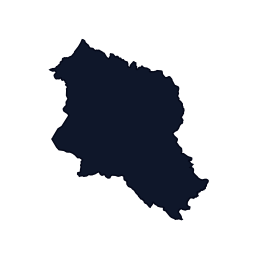 Turiscai, Manufahi, East Timor (Natural Earth projection), rotated 113°
{"feature_id": "22284137B60481947224566", "entity_name": "Turiscai", "entity_type": "district", "adm_level": 2, "iso_a3": "TLS", "parent_name": "East Timor", "parent_adm1": "Manufahi", "projection": "natural_earth1", "projection_center": [125.752, -8.827], "detail": "fine", "context": "isolated", "style": "filled", "palette": "ink", "viewbox_px": 256, "rotation_deg": 113, "n_neighbors": 0, "source": "geoboundaries", "source_scale": "gbopen_adm2", "svg_char_len": 5785}
<svg xmlns="http://www.w3.org/2000/svg" viewBox="0 0 256 256"><g transform="rotate(113 128 128)"><path d="M191.4,153.9L190.9,153.4L190.0,152.0L189.6,151.2L189.7,149.9L188.2,147.4L187.0,146.6L186.1,146.3L185.9,145.7L185.8,144.5L184.9,142.6L183.9,141.7L183.2,140.7L180.5,138.7L179.9,138.1L179.7,137.5L180.2,136.7L180.4,135.9L180.9,135.9L181.2,135.5L181.6,134.2L181.6,133.7L181.1,132.7L180.7,132.7L180.3,132.5L180.0,132.1L180.0,131.6L180.5,130.3L181.3,129.5L181.8,127.0L181.2,125.7L180.8,125.3L179.0,125.3L177.8,124.6L177.5,124.2L176.4,121.2L176.2,118.3L175.3,116.9L174.1,115.8L173.8,114.8L174.0,112.9L174.4,112.5L175.0,112.4L176.5,111.6L177.1,111.0L177.4,108.2L179.6,107.2L180.2,106.8L181.5,104.7L181.5,103.2L181.4,101.7L182.3,99.9L182.6,98.4L183.3,97.0L184.0,96.1L184.6,95.2L185.8,92.3L186.7,91.3L187.0,90.5L188.1,88.5L188.2,88.2L187.9,86.8L188.4,86.2L188.6,85.0L189.7,84.1L190.4,82.8L190.2,81.5L191.2,79.2L192.2,77.4L192.2,76.7L191.6,76.8L190.4,76.3L188.4,75.9L186.7,75.9L186.4,75.6L187.3,73.8L187.6,72.9L187.5,71.8L188.2,69.8L187.8,66.9L187.2,65.3L187.2,64.2L187.3,63.7L188.3,63.8L189.3,63.3L189.6,62.9L189.4,60.9L192.6,54.9L193.1,53.3L193.2,52.0L193.1,50.2L193.3,49.5L193.4,48.6L192.9,48.1L192.4,46.8L191.5,45.9L191.6,45.4L191.4,44.4L191.4,43.0L190.9,42.5L190.4,43.5L188.6,44.7L187.4,46.3L186.1,48.6L185.7,48.8L184.4,49.1L183.6,48.9L182.3,48.4L181.4,47.4L181.2,46.9L181.5,46.1L181.1,43.6L181.0,43.2L180.5,42.9L180.0,42.1L179.6,41.8L178.6,39.8L176.6,40.2L176.6,41.9L176.2,42.8L175.6,43.7L174.0,44.3L172.5,44.7L171.6,44.4L169.5,44.1L167.5,43.2L167.1,41.3L166.7,41.3L166.6,41.0L166.8,40.4L166.5,40.4L166.3,39.9L165.9,40.1L165.5,40.0L165.4,39.3L164.9,39.0L164.9,38.5L164.7,38.2L164.4,38.3L163.8,37.8L163.6,37.9L163.4,37.3L163.0,37.1L161.8,38.5L160.8,38.3L160.6,38.9L160.3,39.2L160.0,39.2L159.8,39.0L159.7,38.3L159.1,38.0L158.9,37.3L158.6,37.1L158.2,37.3L157.7,36.8L156.5,36.5L156.6,36.3L156.3,36.0L156.4,35.7L156.3,35.4L155.4,34.8L155.1,34.2L154.6,34.3L153.5,33.4L152.9,33.5L152.0,34.1L150.9,33.4L149.0,33.9L146.6,33.4L145.7,33.5L145.2,33.7L144.8,34.4L144.7,35.8L145.2,37.0L147.0,39.5L147.1,41.8L146.8,43.6L146.3,44.8L146.0,45.2L145.0,47.9L144.1,49.9L143.4,50.8L141.3,51.3L140.7,51.6L140.0,52.2L139.8,52.8L139.7,54.1L140.0,55.3L137.8,54.5L137.1,54.6L136.2,54.2L136.2,56.1L135.6,57.3L134.9,58.2L134.6,59.3L134.2,59.3L133.7,59.1L133.3,57.8L132.8,57.2L132.3,57.1L130.9,57.6L130.8,58.4L130.9,59.8L131.1,60.4L131.0,62.3L130.0,66.7L130.1,67.4L130.6,68.4L130.6,68.7L130.2,69.2L128.4,69.5L126.1,70.8L125.5,72.0L125.3,73.2L124.5,74.7L123.5,76.1L122.9,77.4L122.5,77.9L121.6,78.0L120.0,78.0L119.0,78.3L118.6,78.8L117.4,82.3L115.9,84.5L115.3,84.7L113.0,83.9L110.6,81.9L108.4,81.5L105.7,81.6L104.7,81.4L103.5,81.0L102.9,80.6L102.6,80.1L101.4,80.1L99.8,81.0L99.4,80.6L99.1,80.9L99.0,81.5L98.6,81.9L98.2,82.0L98.0,82.3L97.9,83.3L97.2,83.4L94.7,82.9L93.8,83.1L93.2,82.7L91.3,83.4L90.6,83.3L90.1,83.4L89.4,84.0L88.8,84.0L88.1,85.5L87.2,85.8L86.7,86.5L85.7,87.1L84.6,87.5L83.1,90.0L82.7,91.9L82.1,92.5L81.2,92.6L80.8,92.8L80.3,93.8L79.5,94.7L78.7,95.1L76.7,95.1L74.9,96.3L72.2,96.7L70.9,97.5L70.7,97.9L70.6,98.4L70.6,101.9L66.9,106.4L66.2,106.7L65.0,108.9L64.7,109.6L64.8,110.1L65.2,110.8L66.4,111.6L67.1,113.3L67.1,113.7L65.2,117.3L62.9,118.7L62.6,119.0L62.6,119.5L62.7,120.0L63.9,123.7L64.7,124.2L66.5,126.7L66.9,128.1L67.5,129.2L67.4,130.1L66.8,130.1L66.2,130.5L65.9,131.0L65.6,134.0L66.2,135.9L66.4,137.2L65.6,139.3L67.3,139.8L67.6,140.9L68.7,141.8L70.1,142.1L70.5,142.3L70.7,142.8L70.4,143.5L68.3,144.1L67.7,145.3L65.1,146.3L65.1,146.9L65.3,147.2L65.2,147.7L64.9,148.0L65.0,148.8L66.5,149.2L67.6,149.7L68.1,149.7L69.3,150.2L70.1,149.8L71.1,149.6L71.5,149.9L71.7,151.6L71.2,152.3L70.3,153.0L69.2,153.2L68.4,154.0L67.8,154.3L67.6,154.8L67.9,156.0L67.8,157.6L67.7,158.1L67.1,158.8L67.1,159.3L67.9,160.0L67.9,160.6L66.8,161.8L66.8,162.5L67.3,163.4L67.1,164.2L66.3,165.1L66.2,165.5L66.8,166.7L67.4,166.8L67.7,167.4L66.1,170.5L66.1,170.9L66.6,173.0L67.1,173.0L67.6,172.5L68.8,172.3L71.1,172.5L72.0,173.1L71.4,175.4L68.6,179.2L68.7,180.3L68.3,180.8L68.3,181.8L68.1,182.5L68.2,183.5L67.8,184.3L67.9,185.3L68.5,186.3L68.7,187.3L69.5,188.2L69.6,188.6L69.2,190.2L68.7,191.0L68.6,191.5L69.2,193.7L69.2,194.8L67.3,197.1L67.1,198.0L67.1,198.4L66.6,199.3L66.6,200.2L66.2,200.5L66.0,201.1L65.0,201.7L64.8,202.0L64.4,203.6L64.6,204.6L68.1,204.6L72.6,205.2L78.6,206.8L79.8,206.6L84.0,207.9L85.7,209.7L86.9,210.3L87.4,212.0L87.9,212.7L88.1,213.7L89.4,215.0L89.8,215.2L92.0,214.6L92.3,214.7L93.0,215.5L94.0,215.9L95.2,215.3L95.6,215.4L96.4,216.0L99.0,217.0L99.5,217.7L100.8,217.8L101.8,218.6L102.3,219.2L102.8,220.5L103.4,221.0L103.8,221.7L104.9,222.6L105.0,222.1L105.0,219.6L104.9,219.3L104.0,218.2L104.0,216.8L104.5,216.1L104.9,215.8L105.6,215.8L106.2,215.9L107.4,216.5L108.5,216.4L109.6,215.5L110.5,214.3L110.7,213.8L110.7,213.2L110.1,212.3L109.6,210.7L108.5,210.0L108.1,209.2L109.5,207.8L109.6,207.1L108.9,206.4L108.8,205.3L109.0,204.9L109.3,204.3L110.1,203.8L111.0,201.9L111.4,201.9L112.2,202.2L112.6,202.2L112.8,201.8L112.9,200.9L113.9,199.7L114.3,199.5L116.0,199.8L117.2,199.1L121.9,197.3L122.3,197.0L124.3,194.7L124.7,194.5L125.9,194.7L126.6,194.6L127.4,195.0L128.5,194.9L130.9,193.7L131.4,193.6L133.7,194.6L135.7,195.0L137.2,193.9L137.5,193.1L138.2,189.4L138.9,188.1L139.8,187.3L152.4,189.4L156.1,192.0L165.7,193.3L166.4,193.2L167.3,193.6L167.9,193.6L173.4,186.2L174.9,183.0L173.7,178.7L173.6,177.8L173.9,175.2L173.8,174.6L172.7,172.0L172.7,170.3L172.7,169.1L173.5,165.7L174.4,164.0L174.9,162.5L174.1,161.2L174.5,158.6L174.9,157.9L175.2,157.4L175.5,157.3L177.4,157.9L178.9,156.9L180.6,157.0L181.1,156.7L181.6,156.0L182.5,155.9L182.8,155.6L184.2,155.5L186.9,154.6L187.9,155.2L188.7,156.6L189.1,156.7L190.3,156.2L190.5,155.2L190.6,154.8L191.4,153.9Z" fill="#0f172a" stroke="#020617" stroke-width="1.5"/></g></svg>